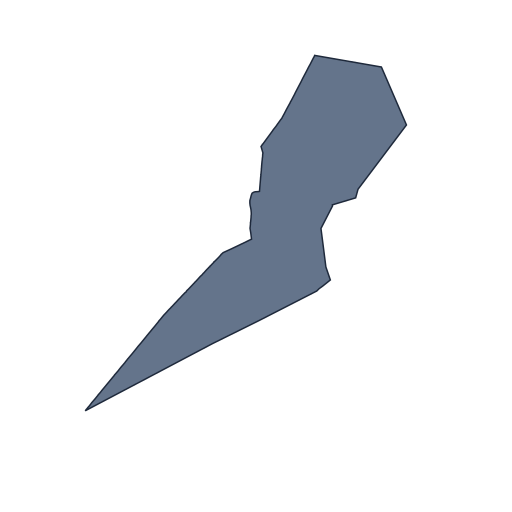 Tibesti Ouest, Tibesti, Chad, rotated 37°
{"feature_id": "50815135B44379234996248", "entity_name": "Tibesti Ouest", "entity_type": "district", "adm_level": 2, "iso_a3": "TCD", "parent_name": "Chad", "parent_adm1": "Tibesti", "projection": "robinson", "projection_center": [15.609, 20.194], "detail": "fine", "context": "isolated", "style": "filled", "palette": "slate", "viewbox_px": 512, "rotation_deg": 37, "n_neighbors": 0, "source": "geoboundaries", "source_scale": "gbopen_adm2", "svg_char_len": 3558}
<svg xmlns="http://www.w3.org/2000/svg" viewBox="0 0 512 512"><g transform="rotate(37 256 256)"><path d="M297.3,60.8L242.4,29.6L182.3,60.4L182.2,60.4L182.2,60.8L182.3,60.9L182.6,62.6L182.6,63.0L183.0,65.3L183.6,68.7L183.8,69.8L184.0,71.0L184.0,71.3L184.4,74.0L185.0,77.3L185.3,79.1L186.4,86.0L187.2,90.2L187.9,94.6L189.1,101.8L189.4,103.2L189.4,103.3L189.6,104.1L189.6,104.5L189.7,105.0L190.5,109.9L190.8,112.0L190.8,112.4L190.9,112.7L191.1,113.4L191.3,115.1L192.1,120.6L193.0,125.7L193.0,125.9L193.4,128.5L193.5,129.3L193.8,130.7L193.7,131.5L193.7,132.7L193.8,138.1L193.9,139.6L193.9,140.8L193.8,144.2L193.8,145.3L193.9,146.1L193.9,146.8L194.0,155.7L194.1,162.6L193.9,162.9L194.1,163.9L194.1,164.5L194.1,165.4L194.1,165.5L194.4,165.7L198.5,168.8L199.6,169.6L199.8,170.1L200.0,170.5L200.3,171.0L201.6,172.9L202.1,173.9L202.8,175.0L203.5,176.1L203.6,176.4L204.3,177.5L206.4,180.9L207.1,181.9L207.6,182.8L208.9,184.7L209.6,185.9L210.2,186.8L210.7,187.7L210.7,187.9L211.4,188.7L212.3,190.3L213.4,192.0L218.0,199.3L219.9,202.3L219.6,202.7L218.2,203.9L218.1,204.0L216.9,205.0L216.3,205.7L216.0,206.1L215.5,207.0L215.4,207.4L215.1,208.1L215.3,209.1L215.5,209.8L215.6,210.0L215.7,210.4L216.5,212.3L217.1,213.7L217.2,214.1L217.8,215.5L219.2,217.4L219.5,217.7L220.8,219.1L222.2,220.3L224.2,222.1L226.1,224.2L227.2,225.6L227.8,226.7L228.2,227.3L228.4,227.5L228.7,228.0L228.8,228.1L229.9,229.9L231.3,232.2L231.4,232.6L232.4,233.9L232.7,234.4L234.1,236.7L234.4,237.3L235.8,238.7L237.7,240.5L237.9,240.7L241.5,244.4L241.7,244.7L242.3,245.2L242.1,245.7L241.4,246.9L237.5,254.6L237.2,255.1L236.2,257.1L232.7,263.8L232.5,264.2L232.2,264.8L229.6,269.6L228.1,272.4L227.8,272.9L227.7,273.2L227.4,274.9L227.2,275.7L227.2,275.8L227.2,276.1L227.3,276.4L227.3,276.5L226.9,280.5L226.8,281.0L226.7,281.9L226.3,284.6L226.2,285.1L226.2,285.5L226.0,285.8L225.9,286.0L226.1,286.4L226.0,287.4L225.7,289.7L225.6,291.0L225.4,291.4L225.4,291.6L225.5,292.1L225.4,292.1L225.4,292.8L225.2,293.4L225.1,293.8L225.2,294.0L225.2,294.3L224.9,296.2L224.7,298.3L224.5,301.1L224.4,301.2L224.3,301.7L224.3,302.8L224.3,303.2L223.8,305.9L223.7,307.0L223.3,311.5L223.2,312.5L223.0,313.4L223.0,313.9L223.0,314.3L222.8,315.7L222.7,316.8L221.9,323.7L221.7,324.5L221.6,326.0L221.8,326.7L221.4,328.0L220.8,332.8L220.8,333.1L220.7,334.0L220.7,334.4L220.4,336.5L220.3,337.1L219.9,341.4L219.9,341.7L219.8,341.9L219.3,346.9L219.1,347.8L219.1,348.5L219.1,348.8L218.8,350.6L218.5,353.4L218.4,355.1L218.3,355.5L218.2,356.7L218.1,357.3L218.0,358.0L217.9,359.4L217.7,364.5L217.5,366.1L217.6,366.4L217.6,367.5L217.6,368.1L217.5,370.2L217.4,373.3L217.3,375.0L217.2,376.9L216.8,385.7L216.8,386.9L216.7,388.7L216.5,394.1L216.5,394.4L216.5,394.5L216.2,398.9L216.1,403.1L216.1,403.3L215.9,408.7L215.7,412.1L215.6,414.2L215.6,414.7L215.5,415.1L215.5,417.2L215.5,417.3L215.4,419.1L215.5,419.8L215.5,420.1L215.4,420.9L215.4,421.2L215.3,423.0L215.1,425.5L215.0,428.7L215.0,429.2L215.0,429.5L215.0,430.8L214.6,436.3L214.7,436.6L214.7,437.0L214.6,438.5L214.2,447.3L214.0,452.0L213.8,456.1L213.8,457.1L213.8,457.3L213.8,458.5L213.6,460.8L213.5,462.0L213.6,462.6L213.5,464.9L213.5,465.8L213.4,466.8L213.5,467.0L213.4,467.6L213.3,469.0L213.1,471.8L213.1,472.8L213.1,473.6L213.1,475.9L213.0,477.0L212.9,478.2L212.9,478.9L212.9,479.8L212.8,480.5L212.8,481.2L212.8,482.4L213.6,480.6L274.1,351.9L297.0,306.3L325.6,247.4L326.0,244.6L326.1,244.0L327.4,239.8L329.8,230.4L318.4,222.7L304.3,208.2L291.3,194.9L287.0,170.0L286.2,169.2L300.6,149.6L297.3,141.3L297.3,117.7L297.3,60.8Z" fill="#64748b" stroke="#1e293b" stroke-width="1.5"/></g></svg>